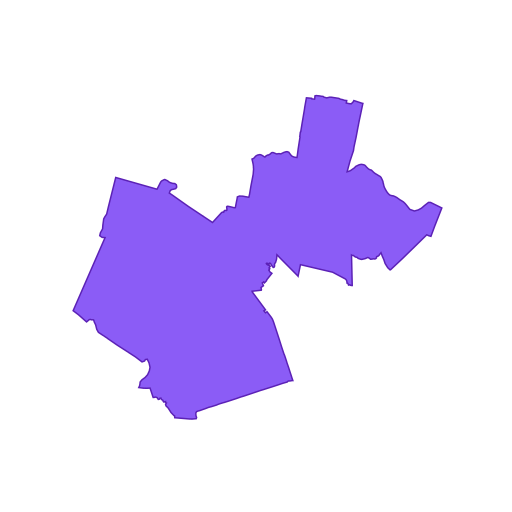 the district of Lucieni, Dâmbovita, Romania, rotated 336°
{"feature_id": "2599482B65138358361276", "entity_name": "Lucieni", "entity_type": "district", "adm_level": 2, "iso_a3": "ROU", "parent_name": "Romania", "parent_adm1": "Dâmbovita", "projection": "mercator", "projection_center": [25.413, 44.845], "detail": "fine", "context": "isolated", "style": "filled", "palette": "violet", "viewbox_px": 512, "rotation_deg": 336, "n_neighbors": 0, "source": "geoboundaries", "source_scale": "gbopen_adm2", "svg_char_len": 6101}
<svg xmlns="http://www.w3.org/2000/svg" viewBox="0 0 512 512"><g transform="rotate(336 256 256)"><path d="M415.7,160.1L414.8,159.4L409.2,154.3L408.6,153.8L407.8,154.5L406.8,155.0L404.9,155.7L403.4,154.9L401.4,153.5L400.7,153.0L402.1,150.9L400.1,149.7L398.5,148.2L396.9,147.1L395.8,145.7L389.6,141.7L388.0,140.9L384.9,140.3L382.8,138.6L382.1,137.4L380.9,136.8L379.2,135.6L376.2,133.9L375.0,133.7L374.4,134.8L373.5,136.4L373.3,136.6L370.7,135.0L370.9,134.5L366.4,132.0L363.4,136.4L360.5,140.7L360.4,141.0L352.1,153.5L347.4,160.7L347.2,160.7L347.0,160.8L346.8,161.0L346.2,162.0L344.9,164.2L344.6,164.5L344.6,165.2L337.9,175.6L335.4,179.7L334.4,181.3L333.5,182.7L331.4,181.4L330.4,180.5L329.4,179.3L329.1,178.6L328.9,177.8L328.3,175.4L328.2,174.6L327.5,173.9L326.8,173.3L325.9,173.0L323.7,172.7L320.5,172.8L319.8,172.6L318.8,171.9L317.7,171.5L316.6,171.3L316.1,170.9L315.7,170.5L313.9,168.6L312.9,168.1L312.4,168.0L311.8,168.1L311.3,168.3L310.5,168.6L308.4,168.8L307.7,168.5L305.8,168.6L305.5,168.9L304.5,169.2L304.0,168.9L303.6,168.2L302.6,166.7L301.6,165.5L300.7,164.9L299.8,164.7L298.3,164.4L296.4,164.6L293.5,165.9L291.8,165.8L291.6,166.5L291.5,167.2L290.8,170.7L290.1,173.1L289.8,173.7L289.1,175.7L288.0,177.7L286.7,180.1L285.2,182.3L280.1,189.6L278.9,191.4L277.7,193.2L275.2,197.0L274.2,198.3L273.5,199.2L273.3,199.4L268.3,196.0L265.3,194.5L263.0,194.4L262.2,195.7L261.3,197.0L260.9,197.5L260.7,197.8L256.8,203.4L256.1,203.2L255.7,203.0L253.0,200.9L251.1,199.5L250.3,199.0L249.7,198.9L249.4,199.0L249.1,199.3L248.6,201.0L248.1,202.2L247.9,202.3L247.5,202.4L247.0,202.2L246.6,201.9L246.1,201.7L245.6,201.7L245.3,201.9L244.3,202.8L244.0,202.4L242.3,202.3L229.9,207.7L214.3,183.1L203.8,165.4L202.4,163.3L203.2,162.4L204.1,161.5L205.8,161.0L207.6,161.4L210.0,161.8L211.5,160.9L211.9,159.8L212.2,158.5L211.3,156.8L209.3,155.7L207.4,154.0L206.7,153.1L205.8,151.3L204.9,150.3L203.8,149.0L202.7,148.9L201.6,149.0L200.8,149.0L199.9,149.2L199.5,149.4L199.0,149.7L198.2,150.3L196.5,151.7L193.8,153.9L192.7,154.7L159.8,127.2L141.1,151.1L136.6,157.0L134.0,158.6L132.0,160.1L128.6,165.6L126.9,168.8L123.3,171.5L121.5,173.9L123.0,176.4L125.6,177.8L66.7,231.6L69.9,237.4L74.4,247.3L75.9,246.9L77.8,246.3L78.9,246.6L79.9,247.5L81.3,248.0L81.7,248.5L81.4,250.4L81.5,253.7L80.7,258.2L81.0,261.7L83.9,266.2L86.6,270.4L87.1,271.4L92.6,280.4L104.8,299.1L108.8,306.4L111.5,306.6L112.8,305.6L114.7,306.1L114.8,310.2L113.9,314.6L111.8,317.6L108.6,320.4L105.2,321.9L103.3,322.3L101.5,322.7L100.3,323.3L98.9,324.0L98.0,325.6L96.9,327.2L95.4,328.5L99.3,330.9L102.4,332.4L105.5,333.6L104.5,343.4L105.4,343.8L106.3,343.8L107.2,344.3L108.1,345.2L108.2,346.3L108.4,347.3L109.4,347.5L110.5,346.8L111.4,347.2L111.2,348.5L112.3,350.1L112.1,350.8L112.3,351.8L113.2,351.9L114.1,352.2L113.7,352.7L113.6,353.1L114.4,353.9L112.9,355.0L112.9,356.7L113.7,358.4L114.0,359.6L114.7,364.4L116.1,368.3L116.6,368.9L116.0,370.7L128.7,377.7L131.4,379.0L135.2,380.3L135.5,379.9L136.0,379.5L136.1,379.1L136.1,378.0L136.5,376.6L137.2,374.9L138.4,374.0L140.4,374.1L141.3,374.3L142.2,374.4L145.1,374.6L147.3,374.8L151.2,375.0L154.1,375.5L159.3,376.1L160.4,376.1L161.1,376.1L163.2,376.3L166.4,376.7L167.5,376.9L168.5,377.0L170.1,377.2L179.7,378.2L182.2,378.4L184.8,378.6L187.7,379.0L194.9,379.7L205.7,380.7L208.7,381.1L210.7,381.3L217.8,382.1L223.6,382.7L226.8,383.0L228.8,383.2L230.9,383.5L232.3,383.7L233.2,383.8L233.5,383.8L233.9,383.5L234.3,383.4L234.8,383.4L235.1,383.5L236.3,384.0L237.0,384.2L237.5,384.3L238.0,384.4L239.0,384.8L239.3,381.6L239.5,380.0L239.7,377.9L239.9,376.0L240.1,374.1L240.2,373.2L240.3,372.4L240.4,371.5L240.8,366.8L240.9,365.7L241.1,364.5L241.2,363.4L241.3,362.3L241.5,360.5L241.6,359.2L241.7,358.2L241.7,357.0L241.7,356.7L242.4,349.7L243.3,341.8L244.4,331.2L245.2,323.4L245.3,321.3L245.3,320.1L245.0,318.1L243.4,311.4L241.6,311.7L241.2,310.5L240.9,309.3L242.2,309.1L242.8,309.1L238.0,287.4L238.1,286.6L246.9,289.4L247.2,289.1L247.6,287.6L247.8,286.8L250.3,286.3L250.7,286.2L250.8,283.1L252.5,282.8L252.8,284.0L255.5,282.9L256.2,282.1L263.5,278.3L262.3,276.3L262.0,274.3L262.4,274.2L262.6,274.0L262.6,273.4L263.4,273.2L263.2,272.1L264.8,271.2L264.5,270.5L263.8,269.7L263.4,269.3L262.6,268.2L262.4,267.5L262.4,267.0L262.6,266.9L263.1,267.1L263.6,267.4L263.9,268.1L264.5,268.7L264.7,268.8L265.4,268.0L266.2,268.6L266.3,269.3L266.4,270.6L266.7,272.0L266.9,272.8L267.1,273.5L268.2,273.5L269.0,272.6L269.2,271.6L270.1,270.5L271.3,269.8L273.6,267.1L274.4,265.6L275.6,263.4L276.1,264.6L277.3,268.0L285.9,290.7L286.0,290.8L286.2,291.6L293.1,282.0L319.3,301.9L319.2,301.7L328.2,313.2L328.6,314.1L328.8,315.2L328.7,315.9L328.5,316.9L328.1,317.7L328.7,318.2L328.8,319.2L328.7,320.2L329.2,320.4L329.7,320.3L330.1,320.5L330.4,321.2L331.4,321.9L331.9,322.1L343.6,294.1L343.7,294.3L345.3,295.2L345.8,296.5L346.6,297.5L347.8,298.4L348.3,299.7L349.9,301.2L351.1,302.1L354.6,302.8L357.4,302.8L358.1,303.3L358.8,304.5L359.4,305.6L361.0,306.1L362.1,306.3L362.7,306.7L363.4,307.1L364.3,307.1L365.2,306.8L365.8,305.8L366.5,305.6L367.2,305.8L368.3,305.6L369.1,305.2L369.6,304.7L370.2,304.6L371.0,304.2L371.5,303.9L371.3,308.0L371.3,311.2L370.9,315.4L371.6,320.3L372.8,323.2L373.3,323.3L389.1,317.8L420.6,306.1L422.0,307.7L423.8,309.2L431.6,301.2L445.3,287.7L437.3,278.1L435.4,277.2L430.2,278.5L426.6,279.6L422.9,279.9L419.0,279.3L415.5,276.0L414.2,270.9L413.6,268.8L412.7,266.6L411.6,264.9L410.3,263.1L409.2,261.2L408.4,259.8L407.2,258.3L406.0,257.0L404.3,255.9L403.0,254.7L402.4,253.4L402.1,252.4L401.8,251.4L401.5,249.5L401.3,247.6L401.2,245.9L401.3,244.2L401.6,242.7L401.8,241.8L401.9,240.8L402.2,239.8L402.3,238.9L402.3,237.3L402.2,235.1L401.8,233.9L400.5,232.1L399.5,230.6L398.4,229.1L397.8,228.0L397.3,226.9L396.9,225.8L396.3,224.4L395.4,223.7L394.6,222.8L394.1,222.1L393.7,221.1L393.1,219.6L392.7,218.1L392.2,217.1L391.3,216.3L389.7,215.2L388.8,214.9L387.2,214.6L383.6,214.7L381.7,215.5L378.6,216.1L377.2,216.4L375.5,216.4L373.5,216.1L374.0,215.5L380.5,207.5L387.9,199.4L389.9,196.2L395.6,188.4L402.1,179.0L402.8,178.1L403.0,177.7L406.4,172.9L407.8,171.0L415.6,160.2L415.7,160.1Z" fill="#8b5cf6" stroke="#5b21b6" stroke-width="1.5"/></g></svg>